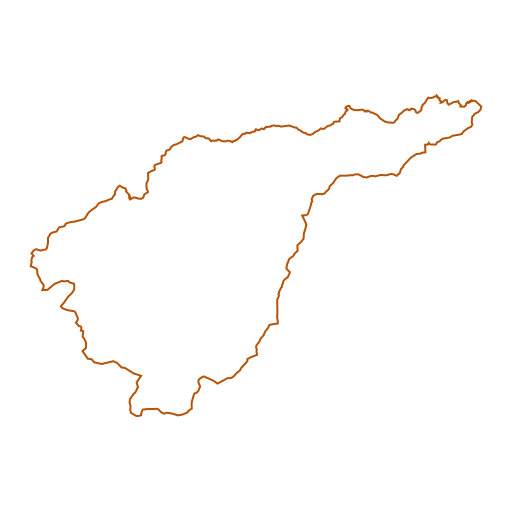 the district of Maguri-Racatau, Cluj, Romania
{"feature_id": "2599482B1703005925744", "entity_name": "Maguri-Racatau", "entity_type": "district", "adm_level": 2, "iso_a3": "ROU", "parent_name": "Romania", "parent_adm1": "Cluj", "projection": "natural_earth1", "projection_center": [23.167, 46.571], "detail": "fine", "context": "isolated", "style": "outline", "palette": "amber", "viewbox_px": 512, "rotation_deg": 0, "n_neighbors": 0, "source": "geoboundaries", "source_scale": "gbopen_adm2", "svg_char_len": 6036}
<svg xmlns="http://www.w3.org/2000/svg" viewBox="0 0 512 512"><path d="M164.2,413.7L166.5,412.8L168.2,412.9L172.6,413.7L178.0,415.4L182.6,414.5L187.7,412.3L188.2,411.0L191.8,408.5L191.6,404.1L192.0,401.1L194.0,394.3L194.5,393.5L196.5,392.7L198.0,391.5L199.9,387.1L200.0,385.9L198.9,383.7L198.3,381.5L198.5,380.2L199.6,378.8L203.0,376.6L204.0,376.5L213.4,380.7L217.5,383.6L227.4,378.2L230.9,378.1L233.4,376.6L236.7,373.0L239.9,370.5L241.0,368.2L247.4,361.2L247.4,359.1L250.6,357.3L257.1,354.8L256.5,351.7L256.8,349.6L256.1,347.5L256.3,345.5L259.1,342.1L260.6,338.7L263.7,335.1L265.1,331.6L267.9,328.2L269.4,325.1L270.0,324.7L277.8,323.5L277.8,321.2L277.1,317.4L277.4,312.5L277.2,299.7L279.0,295.7L278.4,294.2L279.0,293.3L279.0,292.0L280.9,288.0L281.7,287.3L282.1,284.9L282.8,283.9L283.4,281.0L285.2,279.0L287.7,277.3L289.8,272.7L289.6,271.8L287.3,269.7L286.4,268.3L287.1,264.2L288.2,261.9L288.8,259.7L289.3,258.9L293.3,256.0L294.7,253.5L297.6,250.8L297.4,245.2L301.2,241.8L303.6,238.6L303.9,233.2L305.1,229.9L306.4,224.5L302.2,215.5L306.0,215.2L307.5,214.4L308.2,213.3L311.1,204.5L311.1,203.1L312.2,201.6L311.7,199.2L313.1,196.0L315.5,194.4L317.0,193.9L322.6,194.2L324.8,193.3L326.0,191.7L328.6,189.4L329.2,188.4L329.7,186.2L332.8,183.4L336.5,178.0L340.0,175.7L347.5,175.6L350.9,175.2L352.5,175.4L354.8,174.4L358.6,174.4L363.5,177.0L366.6,177.5L370.7,176.0L373.7,175.9L375.1,176.4L380.4,175.0L386.3,175.3L390.9,174.0L393.8,174.4L396.2,175.7L397.1,175.6L398.2,174.2L399.6,173.4L401.1,168.8L402.9,167.3L403.5,165.5L410.9,157.6L416.5,154.0L420.5,153.6L422.5,152.6L425.4,152.4L425.1,144.7L427.9,144.5L428.7,142.9L429.3,143.9L430.7,144.5L435.9,144.5L437.0,142.4L439.7,141.2L441.5,139.4L442.7,138.7L449.8,137.5L452.4,135.8L459.8,134.5L462.0,133.8L463.3,131.7L467.4,128.5L471.2,126.7L472.4,124.4L471.7,122.4L472.2,116.9L475.0,113.6L478.0,112.2L479.6,110.8L480.8,108.8L481.3,106.6L475.6,101.1L472.9,100.6L472.0,101.2L471.3,100.3L470.0,101.0L469.8,101.3L470.1,102.0L468.5,102.9L468.3,102.6L467.7,102.8L467.6,102.2L466.7,102.9L466.2,103.5L465.9,105.2L464.4,106.7L460.4,106.5L460.8,105.2L458.9,103.1L458.2,101.1L456.3,101.8L453.8,102.0L448.6,104.7L447.4,103.1L446.8,100.1L444.8,100.1L442.4,102.3L440.6,102.8L441.0,101.2L439.8,100.5L439.3,98.9L439.7,98.4L438.3,97.5L437.0,95.9L436.9,96.9L436.2,96.2L435.1,96.3L432.9,97.6L431.6,97.8L429.8,98.1L428.2,97.6L424.7,103.1L422.4,105.1L422.5,105.7L421.4,107.4L421.5,109.7L420.3,111.1L417.3,113.0L415.8,111.9L415.4,110.2L414.3,109.3L413.1,108.9L410.9,108.7L410.3,109.9L409.4,110.2L408.2,109.7L407.9,109.2L407.0,109.2L404.0,110.6L401.9,112.7L399.0,114.8L397.4,118.9L395.4,120.7L394.4,122.2L393.3,122.8L387.9,122.4L385.1,121.7L379.8,118.2L377.4,115.0L374.2,113.6L372.8,112.6L371.1,112.6L368.4,110.8L366.7,110.7L366.6,111.3L366.0,110.9L364.8,111.5L363.6,110.0L362.4,109.6L357.8,110.2L354.4,110.1L351.3,108.8L350.3,107.9L349.4,105.9L349.1,105.8L347.1,106.3L345.8,107.1L345.4,108.2L347.4,109.4L347.6,110.1L345.8,111.3L344.8,114.0L343.4,115.1L342.4,116.8L340.0,118.4L339.4,121.4L334.5,121.7L333.7,122.3L333.3,123.7L331.9,124.2L330.6,125.4L327.7,126.0L323.9,128.9L320.6,128.5L319.3,130.0L314.6,132.3L312.8,134.0L310.2,134.9L307.0,134.3L305.5,132.9L304.0,132.8L302.2,132.0L300.9,130.7L298.6,129.8L296.6,127.7L295.1,127.6L289.1,125.5L281.0,126.6L278.6,125.7L276.6,126.1L274.1,125.4L271.4,125.9L270.3,126.8L268.7,126.6L266.9,127.2L266.1,126.9L264.9,127.9L264.0,129.2L261.4,128.5L259.6,129.9L258.2,130.2L255.9,129.2L255.5,129.6L255.3,131.0L254.8,131.5L252.7,131.7L250.8,132.8L249.9,132.7L249.1,133.2L246.3,132.6L245.1,133.8L243.0,133.8L240.6,136.2L240.0,137.2L236.6,140.0L235.5,140.2L234.8,141.0L233.1,141.3L232.3,142.2L230.5,141.1L227.8,140.7L225.4,141.4L223.1,141.3L221.0,140.8L219.7,139.9L218.4,139.5L217.7,139.6L217.1,140.5L214.2,140.8L212.3,140.5L211.2,141.2L210.1,140.1L209.3,138.8L207.6,138.2L206.6,138.5L205.2,137.9L204.1,136.6L200.0,136.1L198.1,135.1L196.1,136.6L193.3,137.4L190.4,139.2L187.7,138.5L185.2,137.2L184.1,137.1L183.3,138.1L182.3,141.4L176.7,144.2L173.6,145.1L171.5,146.6L169.7,149.5L168.3,150.2L166.6,150.4L165.7,152.5L165.8,153.4L165.0,155.0L164.0,155.5L162.3,155.6L161.5,156.3L161.7,158.6L161.2,160.2L161.6,162.0L161.2,162.8L155.0,164.9L154.3,165.9L154.8,168.8L154.5,170.0L151.3,171.1L148.0,173.0L148.3,178.7L147.7,181.1L146.8,182.3L146.4,184.1L146.7,189.1L147.8,191.1L147.9,192.2L144.2,194.5L143.9,195.9L142.9,197.9L141.1,198.8L138.4,198.6L135.3,197.6L133.6,197.5L130.1,199.5L128.9,197.9L129.9,198.5L130.3,197.9L130.3,197.3L129.2,196.8L129.7,196.0L129.6,195.4L129.1,195.2L129.2,194.7L126.0,191.4L126.4,190.3L126.2,189.8L124.7,188.0L122.9,187.7L119.8,185.7L117.4,187.6L116.4,189.7L115.7,190.4L115.1,191.7L114.9,194.6L113.9,195.4L111.8,198.8L108.2,199.9L106.0,201.0L101.4,202.1L98.8,203.3L96.3,206.7L89.5,211.6L87.9,213.5L85.2,218.0L83.7,219.2L74.8,221.6L71.7,221.9L67.9,222.8L65.6,223.9L65.2,225.2L64.2,226.3L59.2,227.3L56.6,231.5L53.0,232.4L50.6,233.6L48.0,237.8L48.0,242.9L46.9,248.0L46.1,249.3L40.2,250.6L36.2,249.2L34.3,250.0L32.9,251.4L31.5,253.5L33.7,255.9L32.4,256.9L31.9,258.2L31.4,260.6L31.7,262.2L30.7,266.3L32.3,266.7L36.7,268.9L37.3,271.0L37.4,273.6L38.1,275.8L40.0,278.9L40.5,280.9L43.5,284.7L43.7,286.4L43.2,288.5L42.4,290.1L47.4,289.9L54.7,283.8L62.3,280.8L63.7,281.4L68.2,280.9L69.3,282.3L74.1,283.8L74.3,287.9L73.9,290.1L71.8,293.2L68.1,296.7L63.8,302.9L61.1,305.9L60.9,306.5L62.0,307.8L64.0,308.9L67.7,310.2L74.3,311.3L75.3,312.2L77.9,318.3L77.8,319.4L76.8,321.6L75.9,322.7L79.0,326.2L80.4,326.3L81.2,327.0L81.4,328.7L80.9,330.6L82.4,330.7L83.3,331.4L82.6,336.6L84.2,338.7L86.1,342.7L86.0,348.0L82.5,351.0L87.8,358.7L91.6,359.2L94.2,362.3L101.7,364.0L113.4,361.2L117.2,363.0L121.7,367.6L123.3,367.6L125.4,368.2L133.8,373.5L141.1,375.8L136.6,382.5L138.0,387.2L136.9,388.7L136.7,389.8L135.3,392.4L133.6,393.9L129.9,399.2L129.6,402.7L130.6,406.3L130.2,409.7L131.0,412.9L136.1,415.9L137.8,416.1L141.1,415.3L141.4,412.4L142.6,409.8L143.2,409.4L145.7,409.4L146.6,408.8L150.1,409.1L157.4,408.8L158.8,409.7L161.0,412.2L164.2,413.7Z" fill="none" stroke="#b45309" stroke-width="2"/></svg>